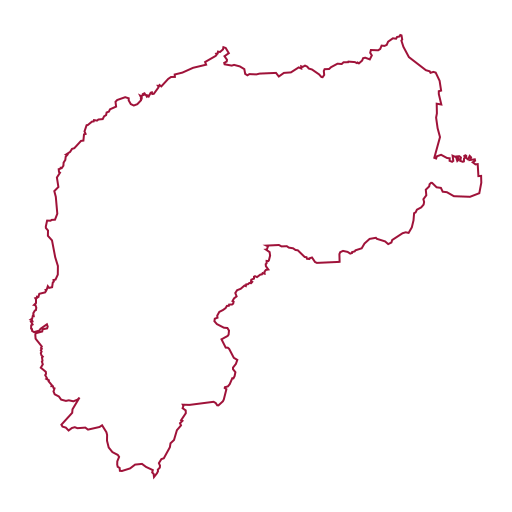 the district of Way Kanan, Lampung, Indonesia
{"feature_id": "22746128B8708218473228", "entity_name": "Way Kanan", "entity_type": "district", "adm_level": 2, "iso_a3": "IDN", "parent_name": "Indonesia", "parent_adm1": "Lampung", "projection": "orthographic", "projection_center": [104.536, -4.573], "detail": "fine", "context": "isolated", "style": "outline", "palette": "rose", "viewbox_px": 512, "rotation_deg": 0, "n_neighbors": 0, "source": "geoboundaries", "source_scale": "gbopen_adm2", "svg_char_len": 5870}
<svg xmlns="http://www.w3.org/2000/svg" viewBox="0 0 512 512"><path d="M154.0,477.0L157.0,473.2L158.0,471.2L157.8,469.7L159.8,467.6L160.0,465.7L158.9,463.1L161.4,459.1L163.8,458.3L169.9,447.2L170.5,443.3L174.0,440.0L176.9,430.2L181.0,425.4L180.0,423.2L182.4,420.9L181.1,420.2L185.8,413.2L185.7,410.4L182.6,408.2L183.4,405.9L182.8,404.7L189.5,404.9L213.6,401.8L215.7,403.0L217.2,405.3L218.4,405.4L222.9,401.3L223.8,399.5L226.4,389.2L224.7,388.0L224.9,387.2L227.9,386.4L229.7,384.2L232.3,378.2L233.4,378.4L234.6,376.1L235.4,372.2L233.0,369.2L233.0,367.6L235.9,363.9L237.3,359.9L233.8,357.8L229.1,348.8L227.8,347.7L225.7,347.6L221.5,339.3L227.7,335.9L228.6,334.6L229.0,330.6L227.4,328.0L223.9,327.7L216.9,324.1L214.4,321.2L214.8,318.7L217.5,317.7L217.2,315.7L219.3,311.9L223.0,310.0L225.6,308.1L226.9,305.9L228.8,305.8L229.1,304.6L232.1,304.5L233.2,303.6L233.6,301.7L232.5,301.1L234.0,298.4L236.6,296.4L235.3,293.0L237.1,290.2L240.7,288.8L244.5,285.5L245.8,286.1L246.2,284.4L248.0,284.2L249.3,283.0L251.1,283.2L252.2,281.9L251.0,281.2L251.3,279.7L254.0,278.6L254.0,276.7L255.0,276.2L257.0,277.1L260.3,274.6L261.9,274.4L262.6,273.1L264.6,273.7L264.5,271.7L265.9,269.9L268.3,269.5L265.9,266.2L265.7,264.2L266.6,263.3L266.6,260.9L268.3,261.1L268.9,260.3L270.1,255.6L269.6,252.1L266.0,249.6L266.8,249.5L268.0,246.4L266.4,245.6L278.9,245.0L281.5,246.4L286.8,246.2L288.8,247.6L293.1,248.3L295.5,250.0L297.8,250.3L304.7,257.0L306.5,257.2L307.0,258.8L309.3,259.0L309.4,258.3L312.0,257.5L315.0,262.0L316.9,262.9L338.9,261.9L339.6,261.8L339.4,254.1L340.2,252.2L343.0,250.9L347.6,251.9L350.2,253.6L352.0,253.0L352.1,252.1L354.7,251.4L355.5,250.3L361.7,248.3L364.5,243.5L369.6,238.9L375.9,237.8L376.8,238.8L385.1,241.4L388.2,244.1L391.4,242.5L392.2,240.0L402.6,233.2L405.7,232.3L408.6,232.9L411.8,227.4L413.5,220.4L414.1,213.2L415.6,212.4L416.9,209.7L421.2,207.4L423.6,204.6L424.1,202.0L423.4,199.2L426.3,195.3L425.8,189.7L429.2,186.4L429.6,184.2L431.1,182.8L432.1,182.9L436.6,187.3L440.9,187.9L442.7,191.7L446.9,192.2L453.9,196.2L470.0,196.8L479.3,193.2L481.3,182.7L481.1,175.9L478.4,176.1L477.7,164.1L475.5,164.4L472.7,162.3L475.1,160.7L474.8,159.3L470.1,160.0L471.1,157.4L469.7,155.9L468.0,159.4L466.2,158.0L466.2,155.8L465.4,155.3L464.3,155.9L464.8,157.7L464.0,158.7L463.9,161.4L462.8,161.8L460.3,160.9L460.9,157.5L459.3,156.2L457.0,156.4L459.0,159.4L457.3,161.0L456.1,157.2L452.6,155.7L453.3,160.9L452.1,161.8L449.6,160.8L449.7,158.3L447.0,158.0L441.1,154.8L436.9,156.3L436.1,158.5L434.3,157.8L440.0,137.1L437.6,128.2L436.1,117.6L436.9,113.4L436.7,103.7L441.3,104.5L438.8,94.0L438.8,91.2L441.1,90.6L439.6,80.8L435.7,72.6L433.4,71.9L430.5,72.8L429.7,71.3L425.9,70.2L408.9,57.1L403.4,46.8L401.4,40.6L402.2,39.5L401.5,35.4L400.3,35.0L399.4,36.5L397.0,37.0L396.1,38.7L392.9,38.3L388.1,41.7L386.7,44.9L384.5,45.9L381.6,45.6L380.2,49.0L378.1,50.3L370.9,50.0L370.2,52.8L371.8,55.4L369.8,59.4L365.2,57.7L363.1,58.2L362.1,60.6L358.9,63.4L357.6,62.5L356.9,63.1L354.9,62.1L348.4,61.6L348.1,62.2L343.5,62.3L341.7,64.0L337.5,63.7L331.0,67.2L329.1,69.0L324.6,69.2L323.8,71.0L324.2,74.9L322.6,77.2L321.4,77.0L319.1,74.4L312.0,69.5L308.7,68.5L307.3,66.7L305.0,65.6L302.7,66.9L301.2,66.3L301.3,68.5L298.7,67.4L290.9,72.4L283.9,72.9L278.8,76.5L276.0,72.9L259.6,73.6L256.4,74.4L249.4,74.1L247.4,75.3L245.2,73.9L244.3,69.1L239.8,66.4L234.1,64.9L231.7,65.6L224.6,64.3L224.2,62.9L226.7,61.5L227.0,59.8L224.5,56.2L228.8,53.2L225.7,48.0L223.4,47.2L223.0,49.4L220.0,52.0L218.0,51.6L217.7,53.4L216.2,53.7L216.7,54.6L215.7,55.9L205.1,62.0L206.1,64.7L193.1,67.8L182.4,72.6L174.7,74.5L174.9,76.9L171.0,77.0L168.2,78.9L161.3,86.4L159.6,85.1L159.3,85.8L158.0,85.8L158.7,86.8L158.2,87.8L153.8,93.8L152.3,94.0L151.9,92.3L150.7,92.7L148.7,96.5L148.0,95.8L146.9,96.7L146.4,95.8L147.2,95.3L145.5,94.9L144.0,92.6L144.2,93.4L143.0,94.0L143.4,95.0L141.7,95.6L141.7,96.5L140.2,95.7L141.6,98.6L140.9,98.8L141.0,100.3L137.3,104.2L133.8,105.5L130.8,104.1L128.7,100.4L128.7,98.3L125.2,97.2L117.2,100.0L115.5,101.8L116.1,106.6L110.0,109.3L108.9,111.6L106.6,112.5L106.1,115.1L104.1,116.3L102.7,119.1L98.4,119.5L97.0,120.6L94.0,120.1L93.7,121.4L92.0,121.6L87.8,125.0L86.6,125.2L84.5,131.4L85.6,133.9L84.0,134.4L83.4,140.6L81.0,140.9L74.3,148.2L72.0,148.9L70.1,151.9L66.1,154.5L67.3,154.9L65.7,156.7L65.3,159.9L63.6,162.6L63.4,165.7L61.8,168.0L60.7,167.8L60.6,168.6L58.7,169.2L59.0,172.0L60.0,172.7L56.9,177.5L58.4,187.0L54.3,191.1L55.8,196.8L57.3,213.7L55.0,219.7L51.6,219.9L50.6,220.7L47.1,220.6L45.8,226.6L45.9,228.0L48.0,230.5L47.9,235.8L52.0,240.4L55.2,257.2L57.9,266.0L57.8,274.6L55.5,279.6L53.5,280.0L53.8,281.6L52.8,282.5L52.1,287.2L49.1,287.9L47.8,286.2L46.7,289.7L45.6,289.9L46.0,291.0L45.1,292.4L39.3,293.8L38.4,296.9L37.0,296.7L37.1,297.8L35.3,298.2L36.0,299.4L36.0,303.0L34.1,304.9L35.4,305.1L36.3,307.7L35.9,310.1L34.8,310.6L33.3,313.2L33.7,316.0L32.8,315.8L32.2,318.5L30.7,319.6L32.0,320.1L32.5,321.4L31.0,321.7L32.6,324.5L31.2,325.3L31.1,328.6L32.0,329.1L32.1,330.9L34.0,332.1L39.3,330.6L40.5,328.8L46.9,324.3L47.7,326.6L47.1,328.4L42.6,329.3L42.2,331.5L35.6,333.3L35.3,334.9L35.6,338.7L41.8,346.5L41.0,348.0L41.8,348.8L40.8,350.3L41.6,351.6L40.8,353.1L41.5,355.4L42.8,356.7L42.0,357.5L42.5,360.8L41.9,361.6L42.8,364.3L40.8,367.7L45.8,371.8L46.0,373.9L45.2,375.1L47.0,378.3L46.3,378.9L48.9,380.3L48.6,381.3L51.8,385.1L51.5,386.1L52.8,386.1L53.6,388.1L54.5,388.4L53.5,391.5L54.7,394.3L58.9,396.5L61.1,399.6L65.9,400.9L68.8,400.3L73.4,401.3L77.6,399.6L79.5,397.6L72.5,409.3L72.2,412.8L61.4,424.7L62.5,426.6L65.8,427.6L68.6,430.5L71.9,428.0L74.8,427.2L77.4,428.2L85.3,427.6L88.0,429.6L99.5,427.0L102.1,425.3L106.4,432.2L107.1,434.9L107.0,440.7L108.7,447.5L112.4,452.1L117.9,455.0L119.1,456.9L117.3,461.3L117.2,464.6L117.7,466.8L119.6,467.9L119.9,470.8L121.9,471.0L130.1,468.4L135.1,464.6L142.0,463.9L146.0,466.9L152.8,470.1L152.2,472.5L153.6,473.8L154.0,477.0Z" fill="none" stroke="#9f1239" stroke-width="2"/></svg>